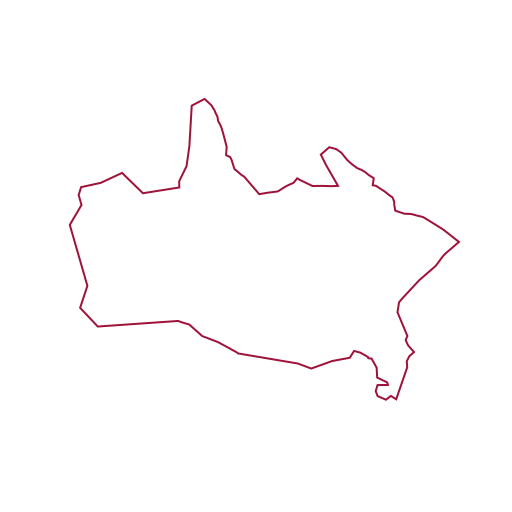 outline of Kaga, Borno, Nigeria, rotated 115°
{"feature_id": "59680162B15311652495769", "entity_name": "Kaga", "entity_type": "district", "adm_level": 2, "iso_a3": "NGA", "parent_name": "Nigeria", "parent_adm1": "Borno", "projection": "robinson", "projection_center": [12.335, 11.599], "detail": "fine", "context": "isolated", "style": "outline", "palette": "rose", "viewbox_px": 512, "rotation_deg": 115, "n_neighbors": 0, "source": "geoboundaries", "source_scale": "gbopen_adm2", "svg_char_len": 2039}
<svg xmlns="http://www.w3.org/2000/svg" viewBox="0 0 512 512"><g transform="rotate(115 256 256)"><path d="M386.8,369.6L347.7,299.0L347.6,296.1L346.3,287.5L351.3,270.9L350.1,253.9L351.5,232.2L351.9,231.1L335.8,172.8L335.3,166.5L334.6,158.3L319.0,142.6L308.6,128.0L300.6,127.0L299.5,120.6L300.2,111.9L300.8,111.5L301.1,110.9L300.6,109.0L300.1,107.9L306.3,99.4L315.0,94.8L315.1,83.7L317.1,81.9L321.6,91.3L327.9,90.4L331.6,86.5L331.3,77.5L325.8,74.6L326.6,68.4L293.0,71.9L287.7,74.9L282.1,74.7L276.3,72.2L272.7,80.4L269.0,84.8L264.5,85.0L247.2,104.0L237.5,106.8L233.3,105.7L209.1,97.9L188.9,88.9L177.6,86.6L174.0,85.5L157.5,78.0L152.9,97.5L150.7,115.6L150.1,121.2L151.4,127.6L152.3,132.9L155.0,139.5L155.1,140.0L155.1,140.3L155.1,140.6L155.5,144.1L155.6,144.3L155.7,145.9L155.9,147.9L155.9,148.1L156.0,148.1L156.0,148.3L156.0,148.5L156.0,148.8L156.0,149.0L152.0,151.8L150.4,152.8L148.8,153.4L146.6,155.5L145.2,157.1L144.6,160.6L143.2,166.4L141.7,176.8L142.5,180.1L139.2,181.1L135.7,182.2L135.0,187.9L133.8,192.6L133.4,196.9L133.6,201.1L132.5,206.9L131.8,209.4L131.3,211.1L130.4,213.9L130.4,214.0L126.3,222.3L125.7,225.8L125.2,228.5L126.5,235.6L133.8,238.8L134.7,239.2L136.7,240.1L144.0,230.9L157.8,211.3L161.1,217.7L164.6,225.9L168.7,234.4L168.5,248.0L168.2,251.5L173.8,252.9L177.8,256.4L180.6,258.6L188.2,263.5L188.3,263.6L194.0,272.6L198.6,279.2L189.1,300.2L188.7,303.4L186.2,312.4L179.0,319.0L177.3,321.2L177.3,321.3L177.3,325.7L173.1,327.3L169.5,328.7L165.6,331.9L160.4,336.2L155.9,340.1L154.7,341.1L153.1,342.9L153.0,343.0L152.0,344.0L151.4,344.9L149.9,347.1L148.6,348.1L145.9,349.9L145.6,350.4L145.4,350.6L143.7,352.8L143.6,353.0L143.4,353.1L143.3,353.3L143.2,353.4L141.5,355.2L140.8,356.3L140.7,356.4L140.7,356.5L140.5,356.8L140.4,356.9L140.4,357.0L139.5,358.2L138.3,360.0L135.4,369.0L146.9,377.8L184.6,362.8L204.0,356.9L220.7,357.2L226.3,354.5L246.9,385.0L237.3,412.5L255.3,427.6L267.5,443.6L275.7,442.5L283.5,435.7L286.6,436.0L306.5,437.9L354.3,396.2L377.3,393.5L386.8,369.6Z" fill="none" stroke="#9f1239" stroke-width="2"/></g></svg>